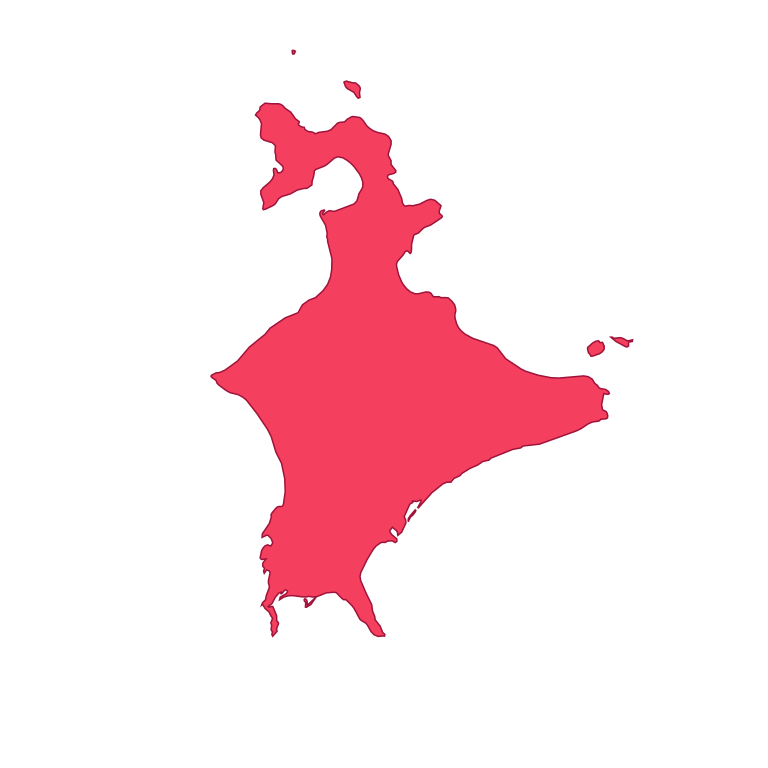 the border of Hokkaidō, rotated 112°
{"feature_id": "JPN-1847", "entity_name": "Hokkaidō", "entity_type": "Circuit", "adm_level": 1, "iso_a3": "JPN", "parent_name": "Japan", "parent_adm1": "", "projection": "natural_earth1", "projection_center": [142.428, 43.461], "detail": "fine", "context": "isolated", "style": "filled", "palette": "rose", "viewbox_px": 768, "rotation_deg": 112, "n_neighbors": 0, "source": "natural_earth", "source_scale": "10m", "svg_char_len": 6177}
<svg xmlns="http://www.w3.org/2000/svg" viewBox="0 0 768 768"><g transform="rotate(112 384 384)"><path d="M653.3,390.5L659.6,392.7L658.4,394.1L655.6,394.6L654.2,396.6L649.8,397.8L647.8,399.5L643.1,399.5L641.2,402.2L638.4,405.2L636.7,410.2L633.8,413.9L635.0,414.6L632.3,414.7L628.3,413.0L624.2,413.9L615.6,414.1L613.8,415.0L611.9,416.6L609.6,417.5L601.8,418.9L600.7,419.8L600.2,421.3L600.5,423.2L604.4,424.1L602.8,425.5L599.5,425.8L598.6,427.9L596.6,429.0L594.5,429.1L590.4,427.9L592.5,431.6L592.2,433.0L591.4,433.8L584.6,435.0L581.7,434.8L579.1,433.9L576.8,431.9L576.6,428.3L573.1,427.6L569.6,430.6L567.8,434.8L568.3,436.3L571.9,439.6L568.4,440.7L556.3,438.1L549.7,438.6L547.5,439.8L544.9,439.4L538.6,437.3L537.1,435.9L535.8,432.7L534.7,432.2L532.8,432.3L521.0,435.2L509.1,440.5L495.9,449.3L487.8,458.6L475.0,468.9L469.6,475.1L458.9,490.9L450.5,505.5L449.1,510.0L448.5,515.1L449.7,523.6L449.1,528.2L446.8,536.9L445.8,539.1L443.6,541.1L442.5,545.9L441.5,547.4L440.2,547.0L436.5,543.8L434.9,540.7L430.8,536.7L417.5,528.4L400.3,522.7L382.3,512.8L375.0,510.6L359.7,500.4L350.1,490.4L341.2,489.3L334.3,485.0L329.6,479.9L320.4,475.5L312.7,473.6L305.0,473.7L297.7,475.3L287.3,479.2L273.2,489.5L270.8,490.6L269.2,492.1L265.2,493.3L258.7,497.7L252.3,505.8L250.9,507.0L248.9,507.6L246.8,507.0L245.0,504.5L245.4,504.0L248.7,504.7L249.5,504.4L249.7,503.3L246.3,501.8L243.9,499.8L242.5,494.6L228.4,479.3L224.3,477.7L216.8,478.5L210.7,477.5L208.6,477.7L204.9,479.2L201.4,482.0L198.3,485.6L193.6,493.3L191.7,497.6L190.4,502.2L189.7,507.0L190.6,511.9L193.1,514.6L201.8,519.1L204.5,521.1L210.7,527.7L212.3,528.4L217.5,527.1L223.0,526.6L226.4,525.4L231.4,528.7L232.8,531.7L236.8,537.2L242.8,542.0L248.4,548.9L251.6,551.1L257.7,552.3L259.7,553.4L266.1,559.2L267.6,561.2L266.7,562.1L260.9,563.4L254.2,569.3L251.0,570.6L247.1,569.5L239.8,565.6L235.5,564.3L231.3,564.3L227.5,566.5L225.6,567.0L224.8,565.4L225.5,563.9L227.8,561.8L227.3,559.9L225.8,558.5L223.7,557.9L221.6,558.2L220.0,559.5L216.8,568.0L211.7,570.5L209.8,572.0L203.8,573.9L202.1,577.8L202.9,586.5L201.9,590.0L199.2,591.9L188.4,595.2L185.6,597.9L184.2,600.0L182.8,603.9L180.7,603.6L176.7,601.8L173.5,602.6L168.2,599.5L166.2,593.0L163.7,586.8L163.4,584.6L163.8,582.2L165.4,578.9L166.9,572.2L171.3,565.4L172.4,561.1L172.8,560.6L175.3,560.7L176.1,559.6L176.5,556.3L175.9,554.1L177.7,552.6L178.3,548.9L177.3,545.2L177.3,543.2L177.8,541.6L175.0,538.5L170.8,531.1L168.0,528.4L159.5,524.8L157.9,522.9L155.8,518.8L152.4,517.3L148.6,514.4L147.7,513.2L146.0,506.4L146.5,504.3L147.5,502.1L151.1,496.6L152.0,494.3L153.2,489.4L153.2,484.6L151.9,476.6L152.8,472.5L155.7,468.6L159.1,467.2L169.4,466.2L170.8,465.3L174.3,461.1L177.8,459.7L181.8,452.9L183.3,452.5L185.2,453.9L188.4,458.2L190.1,458.6L192.0,457.3L192.7,452.3L193.4,451.2L194.9,450.4L198.4,444.0L205.5,437.0L209.1,434.8L210.6,433.0L211.2,431.0L209.1,427.7L207.8,423.8L203.8,418.3L197.8,413.1L195.3,410.1L194.6,405.8L197.3,397.9L203.5,397.5L205.1,396.4L206.2,393.3L206.9,392.7L208.1,392.8L219.3,400.4L223.3,404.8L225.1,406.1L231.2,408.7L234.1,411.7L235.2,412.1L243.9,410.8L250.4,408.4L252.3,408.2L253.2,408.7L251.7,412.0L253.2,413.9L257.2,414.6L265.6,417.6L268.3,417.3L270.6,416.1L277.1,411.5L282.8,405.8L285.0,402.7L287.2,398.7L288.7,394.0L288.7,389.0L287.6,386.2L282.9,379.5L282.0,376.7L282.2,374.6L284.6,370.8L282.4,365.6L282.6,363.6L280.7,358.9L280.1,356.5L281.9,351.9L284.2,348.1L287.6,345.6L289.5,344.8L293.1,344.3L296.3,342.8L301.1,339.1L303.7,336.2L305.8,332.5L307.4,327.6L308.4,318.7L307.2,296.3L308.1,292.5L315.0,280.6L318.8,262.2L319.1,257.5L318.1,244.3L315.6,231.5L313.0,224.1L301.7,201.9L300.7,197.4L301.5,192.7L304.4,189.0L305.2,185.9L307.0,183.1L307.1,181.4L306.0,176.4L306.9,172.9L308.4,171.5L309.4,172.1L309.9,173.0L310.6,176.6L321.6,174.5L326.0,171.7L326.3,167.9L327.5,166.2L329.7,164.6L331.8,164.1L333.1,165.1L335.4,169.6L337.9,170.9L341.2,176.6L344.5,179.8L351.7,184.7L354.9,187.5L381.6,217.4L389.3,231.7L392.2,233.5L396.3,240.0L412.5,256.9L415.3,258.2L418.8,263.3L423.9,266.7L430.3,272.9L437.6,278.2L440.6,279.3L445.4,283.8L450.0,285.2L451.5,288.9L454.5,292.0L466.9,298.9L485.9,305.7L485.9,306.4L479.0,305.6L477.8,306.4L480.7,309.7L481.8,313.7L483.0,312.9L485.3,314.8L486.5,315.1L499.5,315.6L501.9,313.0L504.7,311.6L514.8,312.1L519.2,314.5L516.6,315.9L515.4,317.3L513.7,322.5L517.7,323.7L518.9,323.1L520.7,320.5L522.9,314.0L525.2,313.1L526.9,314.3L526.3,317.4L528.3,321.9L530.3,323.3L531.7,326.8L532.5,327.6L536.8,330.5L541.2,332.0L553.0,333.9L567.3,334.9L571.4,334.2L575.0,332.0L584.7,322.2L593.1,312.8L599.0,309.4L603.0,305.5L605.9,303.9L609.9,296.9L614.9,292.1L615.9,289.4L617.5,289.0L618.2,291.1L620.2,294.7L620.2,299.3L618.4,303.3L613.5,309.4L612.5,311.6L611.7,316.8L611.0,318.4L603.5,327.4L601.4,330.9L598.2,338.6L599.1,340.5L598.6,342.7L595.4,349.9L595.7,352.1L599.3,359.3L606.0,366.3L608.0,369.6L609.3,374.9L610.5,375.9L612.0,380.3L614.4,389.3L616.2,393.4L619.1,397.1L623.2,400.0L620.5,400.4L615.2,396.2L612.7,395.6L611.9,396.4L611.7,397.7L612.3,398.8L616.6,400.2L617.0,401.0L615.6,401.4L617.1,403.1L622.4,404.9L629.6,405.6L633.7,408.2L634.1,406.8L632.4,405.2L632.0,403.7L639.1,396.7L643.5,394.9L644.7,392.7L645.8,392.0L651.0,392.0L653.3,390.5ZM280.0,201.0L280.7,202.6L279.0,204.7L278.5,206.1L275.0,208.6L273.6,208.8L267.8,205.9L265.1,203.7L263.5,201.3L264.7,199.2L263.6,197.0L266.6,193.8L269.6,192.9L272.3,193.7L275.1,195.4L280.0,201.0ZM127.3,513.6L128.7,514.9L127.8,517.0L124.9,521.0L123.8,528.9L122.5,531.2L119.2,534.2L118.4,533.8L117.0,531.8L117.3,530.6L116.7,528.7L116.7,526.5L115.5,523.2L116.7,519.2L117.8,517.5L119.1,516.6L123.0,515.9L127.3,513.6ZM257.1,171.5L258.5,172.3L258.9,174.2L257.6,185.1L255.6,191.2L255.0,189.8L255.6,188.3L252.5,182.2L252.2,179.9L252.8,174.8L252.4,173.6L249.9,170.1L251.6,169.7L253.3,172.6L254.4,172.6L257.1,171.5ZM615.9,369.2L620.1,372.3L620.3,373.3L616.0,374.7L614.8,376.8L613.6,377.3L612.7,376.8L613.0,375.1L614.0,374.1L617.7,372.2L606.7,367.0L615.9,369.2ZM494.7,308.1L497.3,309.6L502.7,310.0L499.7,311.0L496.0,310.3L489.0,307.9L489.3,307.1L490.9,307.1L494.7,308.1ZM111.5,590.9L112.3,591.9L111.6,592.9L109.2,594.0L108.8,593.6L108.4,592.1L108.7,590.8L111.5,590.9Z" fill="#f43f5e" stroke="#9f1239" stroke-width="1.5"/></g></svg>